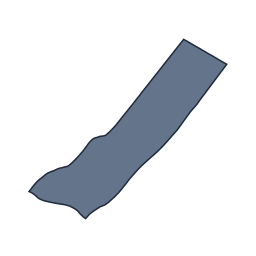 Thamud, Hadramawt, Yemen (Natural Earth projection), rotated 37°
{"feature_id": "15242507B77315063878707", "entity_name": "Thamud", "entity_type": "district", "adm_level": 2, "iso_a3": "YEM", "parent_name": "Yemen", "parent_adm1": "Hadramawt", "projection": "natural_earth1", "projection_center": [49.684, 17.639], "detail": "fine", "context": "isolated", "style": "filled", "palette": "slate", "viewbox_px": 256, "rotation_deg": 37, "n_neighbors": 0, "source": "geoboundaries", "source_scale": "gbopen_adm2", "svg_char_len": 4543}
<svg xmlns="http://www.w3.org/2000/svg" viewBox="0 0 256 256"><g transform="rotate(37 128 128)"><path d="M168.5,17.7L168.1,17.7L166.1,18.0L163.6,18.3L161.1,18.6L158.8,18.9L156.4,19.1L154.4,19.4L152.2,19.6L149.9,19.9L148.0,20.2L145.4,20.5L143.3,20.7L140.6,21.1L138.2,21.3L136.0,21.6L133.6,21.9L131.3,22.2L129.2,22.4L127.0,22.7L125.2,22.9L122.7,23.2L120.7,23.5L119.1,23.7L117.7,87.4L117.6,91.6L117.6,96.2L117.5,98.8L117.4,105.5L116.8,124.9L116.6,133.5L115.6,142.3L115.4,142.9L115.4,143.0L115.2,143.7L115.2,144.1L115.1,144.4L115.0,145.1L114.9,145.9L114.8,146.2L114.7,146.6L114.5,147.2L114.1,148.0L113.7,148.5L113.3,148.9L112.9,149.4L112.4,149.9L111.9,150.3L111.5,150.7L111.0,151.2L111.0,151.3L110.9,151.3L110.5,151.7L110.2,152.2L110.0,152.5L109.8,152.8L109.4,153.5L109.2,153.7L108.9,154.2L108.7,154.4L108.4,154.8L108.0,155.2L107.9,155.3L107.7,155.7L107.6,155.9L107.2,156.4L107.0,156.8L107.0,157.0L106.7,157.7L106.4,158.4L106.3,159.0L106.3,159.4L106.2,159.7L106.2,159.9L106.1,160.5L106.0,161.1L106.0,161.3L105.9,162.1L105.9,162.9L105.8,163.7L105.8,164.4L105.8,165.2L105.8,166.0L105.9,166.4L105.9,166.7L105.9,167.5L105.9,168.3L105.9,169.1L105.9,169.9L105.9,170.1L105.9,170.8L105.9,171.6L105.9,172.1L105.9,172.3L105.9,173.2L105.9,173.3L105.9,173.9L105.8,174.6L105.8,174.9L105.8,175.3L105.7,175.9L105.7,176.0L105.7,176.8L105.6,177.5L105.6,178.0L105.6,178.3L105.5,179.0L105.5,179.7L105.4,180.4L105.4,180.5L105.3,181.3L105.3,181.7L105.3,182.0L105.2,182.3L105.2,182.8L105.1,183.3L105.1,183.6L105.0,183.8L105.0,184.3L104.9,184.7L104.9,184.9L104.8,185.6L104.7,186.3L104.6,186.8L104.5,187.3L104.5,187.9L104.4,188.6L104.3,189.0L104.2,189.4L104.2,190.0L104.0,190.7L104.0,190.8L103.8,191.5L103.7,192.2L103.6,192.6L103.5,192.9L103.3,193.6L103.0,194.3L102.7,195.0L102.3,195.6L102.0,195.9L101.9,196.1L101.4,196.7L100.8,197.3L100.2,198.0L99.6,198.9L99.4,199.1L99.1,199.5L98.9,199.8L98.5,200.2L97.9,200.9L97.4,201.5L97.0,202.0L96.7,202.6L96.4,203.0L96.3,203.3L95.9,203.9L95.8,204.1L95.6,204.5L95.3,205.1L95.2,205.4L95.0,205.7L94.8,206.0L94.7,206.3L94.4,206.8L94.3,207.0L93.9,207.5L93.7,207.9L93.5,208.1L93.1,208.7L92.8,209.3L92.5,209.7L92.4,209.9L92.0,210.6L91.6,211.3L91.4,211.7L91.3,211.9L91.0,212.4L90.8,213.1L90.5,213.8L90.3,214.4L90.1,215.0L89.9,215.9L89.8,216.5L89.6,217.2L89.5,217.8L89.4,218.0L89.3,218.5L89.1,219.2L89.0,219.6L88.9,220.0L88.7,220.6L88.5,221.4L88.4,221.9L88.3,222.1L88.2,222.8L88.0,223.4L87.9,224.2L87.8,225.1L87.7,225.5L87.6,226.4L87.5,227.0L87.4,228.0L87.4,228.7L87.3,229.4L87.3,230.2L87.3,230.3L87.3,230.8L87.3,231.5L87.2,232.3L87.2,232.9L87.2,233.3L87.2,233.6L87.2,234.4L87.3,235.3L87.2,236.1L87.2,236.5L87.2,237.0L87.2,237.3L87.3,237.6L87.2,238.3L87.4,238.3L87.6,238.2L87.9,238.1L88.7,237.9L89.0,237.9L89.3,237.8L89.8,237.7L90.0,237.7L90.7,237.6L91.3,237.6L92.1,237.6L92.4,237.6L92.6,237.6L93.4,237.6L94.0,237.6L94.7,237.6L95.2,237.6L95.4,237.6L95.9,237.7L96.6,237.8L97.2,237.9L97.5,237.9L97.8,237.9L98.3,237.9L98.5,237.9L99.0,237.9L99.5,237.9L100.1,237.8L100.7,237.7L101.1,237.6L101.3,237.6L102.0,237.4L102.6,237.2L103.2,237.1L103.9,236.8L104.5,236.7L105.2,236.4L105.5,236.3L105.8,236.1L106.0,236.1L106.4,235.9L106.7,235.8L107.1,235.6L107.7,235.3L107.9,235.3L108.6,234.9L109.2,234.7L109.4,234.6L109.8,234.4L110.6,234.0L111.2,233.7L111.5,233.6L111.8,233.4L112.2,233.2L112.6,233.0L113.1,232.8L113.2,232.7L113.8,232.5L114.5,232.2L115.2,231.8L115.4,231.7L115.9,231.5L116.2,231.3L116.6,231.1L116.9,230.9L117.4,230.6L117.9,230.4L118.3,230.2L119.0,229.8L119.2,229.7L119.8,229.4L120.3,229.1L120.9,228.8L121.5,228.5L122.1,228.1L122.3,228.1L122.8,227.8L123.2,227.6L123.4,227.5L124.0,227.2L124.7,226.9L125.4,226.6L126.2,226.3L126.4,226.2L127.0,226.0L127.7,225.7L128.4,225.5L128.9,225.3L129.7,225.2L130.3,225.1L130.9,225.0L131.5,224.9L132.2,224.8L133.0,224.7L133.4,224.6L133.9,224.6L134.0,224.6L135.0,224.5L135.9,224.5L136.3,224.5L136.7,224.5L137.2,224.5L137.4,224.5L138.0,224.6L138.7,224.7L138.9,224.7L139.3,224.8L140.0,225.1L140.6,225.2L141.3,225.4L141.5,225.4L142.1,225.5L142.5,225.5L142.8,225.6L143.0,225.6L143.5,225.6L144.2,225.7L144.9,225.8L145.5,225.9L146.2,225.9L146.7,225.9L147.1,225.9L147.6,225.9L147.8,225.9L148.0,225.9L148.6,225.9L149.2,219.6L149.5,218.6L150.6,214.7L153.0,208.0L155.8,203.4L156.2,202.2L157.1,199.4L158.3,193.2L158.7,191.3L159.5,184.6L159.9,173.8L159.9,167.9L160.7,157.3L161.3,151.9L161.5,150.2L163.3,141.0L163.5,139.9L165.5,130.2L166.2,125.4L166.9,120.4L168.2,103.5L168.5,99.3L168.3,89.9L168.1,77.3L168.3,74.4L168.7,68.6L168.8,68.0L168.6,62.5L168.5,17.7Z" fill="#64748b" stroke="#1e293b" stroke-width="1.5"/></g></svg>